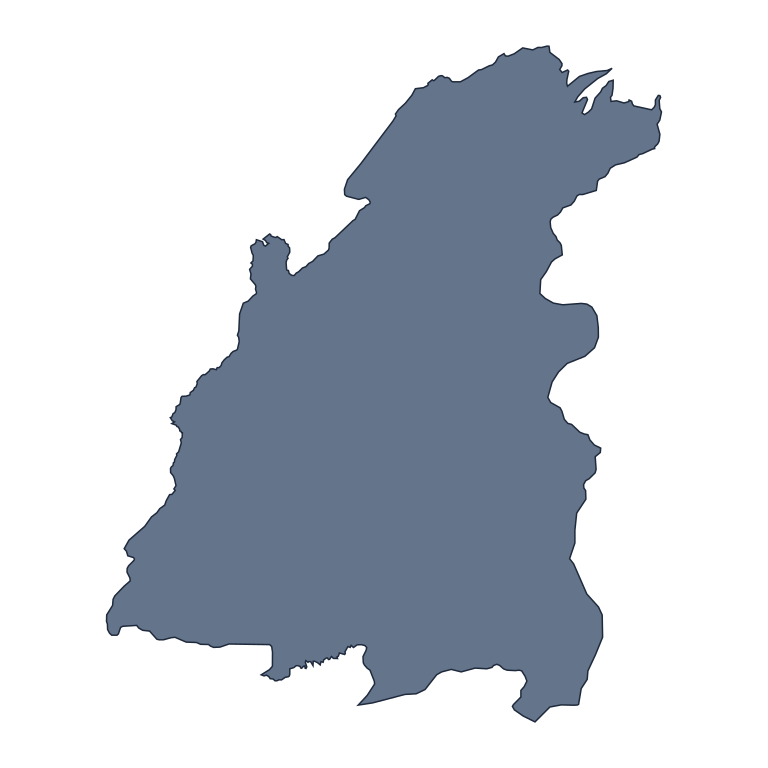 outline of Mitwaba, Katanga, Democratic Republic of the Congo
{"feature_id": "63176286B64695958976401", "entity_name": "Mitwaba", "entity_type": "district", "adm_level": 2, "iso_a3": "COD", "parent_name": "Democratic Republic of the Congo", "parent_adm1": "Katanga", "projection": "mercator", "projection_center": [27.057, -9.113], "detail": "fine", "context": "isolated", "style": "filled", "palette": "slate", "viewbox_px": 768, "rotation_deg": 0, "n_neighbors": 0, "source": "geoboundaries", "source_scale": "gbopen_adm2", "svg_char_len": 6062}
<svg xmlns="http://www.w3.org/2000/svg" viewBox="0 0 768 768"><path d="M127.8,555.8L133.6,557.6L134.4,559.0L134.1,560.2L128.6,565.8L127.2,568.3L127.0,572.1L129.9,578.0L130.2,580.9L124.1,586.2L114.8,595.9L113.1,599.3L112.6,605.4L106.7,614.9L106.5,621.4L107.4,624.0L107.6,629.5L109.5,633.1L111.7,635.2L117.0,635.2L118.4,633.9L120.6,627.4L122.7,626.3L136.7,625.4L138.8,628.1L142.7,630.3L149.6,631.1L156.8,639.2L159.2,639.8L163.4,639.8L171.1,637.7L175.0,637.3L186.2,642.1L196.5,642.5L200.6,644.3L208.6,644.5L210.3,646.0L213.6,647.4L220.0,647.1L229.0,644.0L269.7,644.6L271.7,646.6L272.5,652.2L272.4,666.3L269.4,669.7L261.2,674.8L264.0,675.9L266.5,675.2L268.9,676.7L270.2,678.7L273.1,679.0L275.0,680.8L276.9,680.8L279.0,679.8L281.5,679.9L285.3,677.3L288.2,676.8L289.3,676.0L289.8,674.2L289.8,668.8L293.9,667.6L296.0,665.8L297.6,665.6L300.0,666.4L300.9,668.1L301.7,668.2L303.6,666.2L304.7,666.0L305.2,668.3L306.0,668.5L306.8,666.9L305.3,662.1L305.9,660.6L308.0,662.3L308.9,661.6L310.6,661.6L313.0,665.6L313.2,661.3L314.8,661.3L317.7,662.8L320.2,664.9L321.0,661.6L323.1,662.3L323.7,659.9L326.3,658.0L327.4,658.0L328.5,659.5L329.5,659.4L331.5,656.5L333.4,658.4L337.5,658.5L337.0,657.0L338.4,656.1L339.4,653.0L344.6,654.5L345.3,653.6L345.0,651.8L347.9,646.6L350.2,647.4L351.1,645.4L353.5,647.5L357.2,644.8L361.6,644.7L365.0,645.6L366.7,647.5L366.1,650.3L363.0,656.6L363.3,662.8L364.4,665.0L367.1,668.1L370.0,670.2L374.3,681.2L374.6,684.0L367.2,695.4L358.2,705.1L372.6,702.9L405.1,694.4L416.2,693.8L425.1,689.5L436.7,674.7L441.7,671.9L451.2,669.4L461.2,671.9L475.1,668.1L486.8,668.8L492.0,667.4L493.5,665.5L496.8,664.3L499.6,665.4L503.6,668.9L507.2,670.2L515.2,670.6L519.1,670.2L521.6,670.8L525.1,676.3L526.9,681.1L524.2,686.6L520.9,690.4L520.9,697.0L513.5,704.5L512.4,706.4L514.4,709.9L523.3,716.1L535.0,721.9L549.9,707.0L561.2,704.9L574.0,705.2L577.4,705.0L578.6,704.3L581.2,688.6L587.2,679.4L587.9,670.9L595.5,654.6L602.6,637.2L602.2,615.0L598.5,607.0L586.8,594.0L573.6,563.8L569.6,558.7L574.9,543.0L574.9,530.1L576.7,513.1L585.9,499.2L585.6,490.5L583.9,488.1L583.6,484.6L585.7,480.7L589.2,478.7L595.1,472.9L596.1,469.4L595.2,456.7L600.3,452.5L600.7,448.1L594.3,445.0L589.9,439.9L587.9,434.7L584.3,434.0L579.8,432.2L571.6,424.4L567.8,423.4L564.3,419.3L561.9,411.2L560.1,407.8L550.7,402.5L547.8,397.4L552.1,382.0L558.6,371.9L567.2,363.4L584.9,356.3L594.5,347.8L598.4,337.2L598.3,327.6L596.9,315.7L591.9,307.1L586.9,304.1L581.3,303.4L562.8,304.8L553.4,303.1L545.3,298.5L539.9,293.5L540.7,279.6L546.3,271.7L551.5,262.0L555.1,258.8L562.3,254.9L561.3,245.3L560.0,242.8L557.2,240.0L556.0,236.6L553.2,233.3L550.7,227.6L550.2,221.8L550.8,219.2L553.1,217.2L557.6,215.0L560.5,212.0L562.8,207.9L570.9,205.0L574.3,201.2L576.9,196.0L579.2,194.5L582.9,194.5L596.3,190.4L597.6,181.2L599.2,179.1L605.0,176.7L607.9,173.2L610.2,168.3L615.5,164.9L624.4,162.8L637.0,157.1L639.0,154.6L642.8,153.6L652.1,149.2L654.7,148.6L654.4,147.8L655.0,146.5L657.7,143.9L659.1,141.2L659.9,134.3L657.1,124.2L659.8,120.1L661.5,111.9L659.8,108.7L659.2,100.4L660.6,97.4L659.9,95.6L658.3,95.4L655.4,100.0L655.4,104.7L654.2,107.3L651.6,109.8L633.8,105.9L632.4,103.9L631.6,101.2L629.1,100.0L628.7,101.6L624.0,103.0L616.7,100.8L611.0,101.4L610.5,97.2L612.0,95.3L613.0,88.4L613.2,80.2L608.8,81.5L606.1,85.6L602.4,88.3L600.7,91.9L595.1,98.1L591.6,108.9L588.4,112.1L584.5,114.6L582.0,112.9L587.5,99.6L586.5,97.3L583.2,97.7L579.3,101.2L574.8,102.0L577.7,96.9L584.6,89.0L597.9,78.4L606.3,73.8L612.1,68.3L607.2,70.5L596.5,71.5L588.2,73.4L579.5,76.4L567.5,86.2L566.7,83.3L566.9,79.7L568.7,71.2L567.6,70.0L562.1,72.5L559.7,69.5L561.9,65.8L562.0,63.6L559.2,59.5L549.9,52.4L549.0,46.2L547.0,46.1L541.6,47.5L538.0,47.4L532.8,49.9L522.7,47.9L514.2,53.8L508.0,56.2L505.4,55.9L504.0,53.6L498.4,56.9L495.5,62.1L492.5,64.9L489.2,65.8L481.5,69.6L478.5,70.0L468.0,77.7L460.4,81.8L452.5,81.8L451.3,81.0L449.4,78.3L447.3,77.4L444.8,77.7L442.6,75.9L441.2,75.6L438.6,76.3L434.3,80.4L433.5,80.7L432.2,79.8L427.9,83.3L428.2,84.7L427.6,85.5L423.4,87.7L415.4,88.7L411.8,95.3L405.3,103.3L398.6,109.5L395.4,114.1L396.1,115.8L392.9,121.1L360.7,163.8L347.6,179.7L344.4,189.3L344.7,194.6L346.5,196.2L358.8,199.4L365.7,197.4L368.9,199.8L370.1,201.9L370.0,203.6L365.7,205.8L364.5,207.6L359.5,210.7L355.1,219.4L353.0,220.6L335.0,237.7L332.2,239.2L329.2,243.1L329.1,248.1L328.5,250.0L323.9,254.1L317.9,255.9L312.5,261.5L308.7,263.5L306.0,266.6L302.4,268.0L298.6,271.8L296.3,273.0L294.2,275.5L291.9,275.4L289.2,273.5L288.4,270.5L287.1,270.3L286.6,269.4L286.1,262.6L286.7,260.0L288.0,258.4L287.3,256.9L289.8,252.1L289.6,247.9L288.1,246.2L288.1,244.5L285.6,243.4L284.0,239.6L281.7,239.7L277.2,236.6L275.7,237.5L273.7,237.0L271.1,236.0L270.6,234.5L269.6,234.0L263.1,239.1L265.5,240.5L266.8,242.7L268.7,243.3L265.5,246.1L263.8,245.3L262.5,241.7L256.4,239.7L255.9,242.5L254.9,243.8L251.2,245.8L250.6,247.4L252.1,253.2L253.3,255.5L253.0,260.9L250.9,263.0L252.4,264.2L252.4,266.2L249.6,269.4L251.0,274.0L250.4,278.9L255.3,284.7L255.9,286.4L255.5,289.2L256.5,292.3L256.3,293.7L252.8,296.1L248.2,301.1L243.3,303.2L239.6,313.9L238.8,331.1L237.4,335.2L238.7,337.4L239.2,341.6L237.5,349.0L236.7,350.1L233.2,351.4L231.1,353.3L229.0,356.7L227.2,357.1L224.4,359.6L221.9,362.8L221.1,365.6L219.1,367.6L217.2,367.6L216.3,369.7L213.0,368.8L210.3,369.0L209.2,371.1L205.1,374.7L203.4,374.6L201.6,375.7L196.9,381.5L197.2,383.7L196.0,387.0L194.6,387.7L193.3,390.4L190.3,392.5L189.8,395.0L185.8,396.2L182.0,396.3L181.0,397.6L180.2,403.4L179.5,404.6L176.1,406.7L176.0,409.7L174.8,412.6L173.1,413.6L171.8,417.0L170.3,417.6L172.3,420.8L174.5,421.9L171.8,423.6L176.1,425.1L176.9,426.5L177.9,426.7L179.5,429.0L179.8,430.9L181.0,431.4L181.5,432.7L182.4,432.8L182.1,437.6L180.5,439.5L181.3,442.9L178.6,451.9L176.5,453.9L176.9,455.3L174.7,459.5L174.4,462.1L173.4,462.8L173.0,465.6L171.5,466.7L170.5,468.4L170.6,472.6L173.1,475.6L174.4,478.5L176.0,485.7L173.9,488.9L175.2,490.4L171.9,494.4L169.6,494.6L166.2,500.8L164.7,505.1L159.8,508.6L156.9,512.7L151.5,516.9L144.7,526.4L129.0,540.1L124.2,548.7L126.4,551.1L127.8,555.8Z" fill="#64748b" stroke="#1e293b" stroke-width="1.5"/></svg>